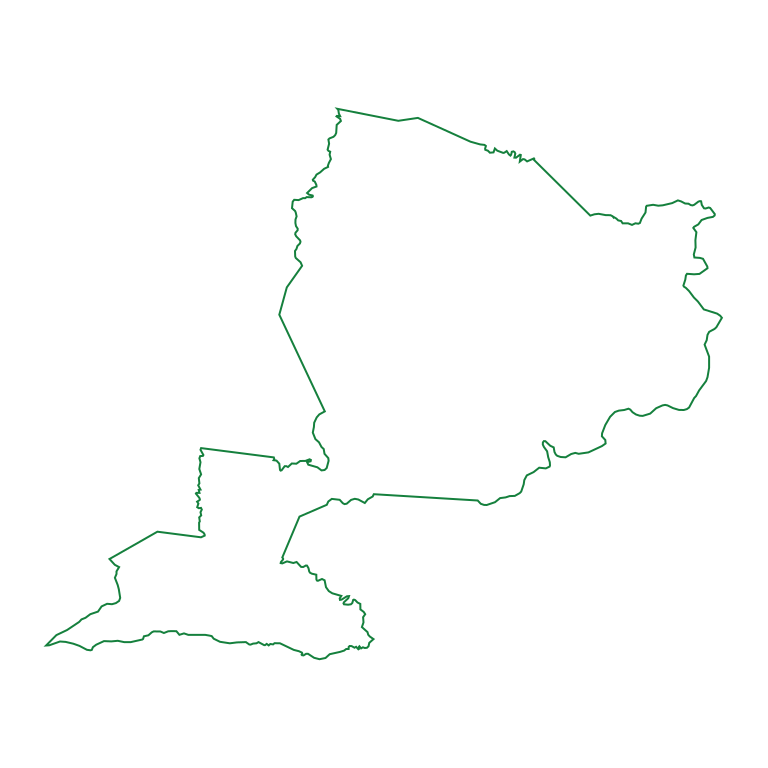 the district of El Rosario, Comayagua, Honduras
{"feature_id": "27666195B23416368136478", "entity_name": "El Rosario", "entity_type": "district", "adm_level": 2, "iso_a3": "HND", "parent_name": "Honduras", "parent_adm1": "Comayagua", "projection": "orthographic", "projection_center": [-87.754, 14.601], "detail": "fine", "context": "isolated", "style": "outline", "palette": "green", "viewbox_px": 768, "rotation_deg": 0, "n_neighbors": 0, "source": "geoboundaries", "source_scale": "gbopen_adm2", "svg_char_len": 6109}
<svg xmlns="http://www.w3.org/2000/svg" viewBox="0 0 768 768"><path d="M696.0,396.1L699.2,390.3L706.1,381.0L707.5,377.2L709.1,367.8L709.1,356.6L704.6,344.6L706.7,340.2L707.5,334.9L709.2,331.8L714.6,328.9L716.4,327.2L721.9,317.8L720.2,315.7L717.1,313.6L703.8,309.4L697.9,301.5L693.9,297.5L689.1,291.1L685.9,287.9L683.9,286.6L683.4,285.6L685.3,279.6L685.9,275.5L687.0,273.8L694.1,274.3L699.5,273.9L707.5,268.2L707.3,266.5L703.0,258.8L699.9,257.9L694.4,257.5L693.8,254.5L695.6,247.5L695.4,240.2L696.4,232.2L693.3,227.9L694.1,226.8L698.3,224.4L701.6,220.0L707.5,217.9L712.9,216.9L714.6,215.5L714.8,214.1L710.2,208.0L708.7,207.5L705.6,208.5L704.0,208.3L701.8,204.9L701.1,201.3L700.0,201.1L698.4,201.6L694.2,204.8L692.6,205.4L690.8,205.1L688.5,203.7L685.1,203.5L681.1,201.4L677.9,200.4L672.2,203.1L662.8,205.3L658.3,205.7L653.1,204.8L646.7,205.8L646.1,206.7L645.5,212.5L641.6,218.6L639.9,223.0L638.3,223.7L635.4,223.3L632.0,224.9L628.0,223.3L622.6,223.3L621.1,221.0L618.2,220.4L616.4,218.6L613.7,217.0L613.5,217.4L612.5,216.2L610.5,215.2L605.6,215.1L598.6,213.8L594.4,214.3L590.3,215.6L533.9,159.8L534.3,159.0L533.9,158.4L527.1,161.4L524.6,159.4L523.0,159.1L519.8,161.6L520.8,155.0L520.0,154.7L516.0,157.7L514.4,157.6L515.3,153.6L514.6,152.1L513.4,151.4L511.8,151.8L511.1,154.8L510.4,155.6L508.9,154.4L506.7,151.1L504.3,152.7L503.2,152.9L497.3,150.7L494.9,148.5L493.5,152.4L489.9,152.7L487.9,150.7L485.3,149.8L485.1,148.6L485.9,146.0L484.5,144.9L480.1,144.4L470.5,141.7L417.9,117.9L398.3,120.8L337.3,108.8L338.3,109.9L338.9,113.7L340.1,116.1L336.9,115.9L336.5,116.4L340.1,118.8L340.9,121.0L336.7,124.9L336.2,132.9L335.2,135.1L333.5,136.8L329.5,138.4L328.4,139.5L329.1,143.7L327.6,149.7L328.5,150.9L330.2,151.7L329.6,154.7L330.9,159.1L328.9,162.9L327.9,165.7L328.1,166.9L324.1,168.8L320.1,172.4L316.5,174.6L315.1,177.2L312.8,179.7L313.0,180.6L314.8,181.6L316.4,185.0L316.5,186.5L312.1,188.1L307.1,193.0L309.1,194.7L312.6,195.5L312.9,196.1L312.5,196.9L311.4,197.3L306.7,197.1L305.1,198.2L303.1,198.1L298.6,200.1L294.2,199.8L292.7,201.7L292.0,208.2L295.1,211.0L295.7,212.4L296.6,216.4L295.5,219.5L295.4,223.0L296.0,226.1L297.7,228.7L297.6,230.3L295.5,232.7L295.2,234.3L296.2,236.3L300.1,240.4L300.5,241.8L299.9,243.5L297.4,246.0L296.5,248.9L295.0,251.0L295.2,256.5L295.8,258.0L300.6,262.3L302.1,265.8L286.8,287.4L279.3,314.7L324.8,411.4L319.3,414.4L316.7,417.4L314.2,422.7L313.9,427.0L312.8,432.6L315.4,439.1L319.0,442.3L321.5,447.0L323.7,449.0L324.5,453.8L328.3,458.1L328.6,460.8L326.7,468.0L324.6,470.0L321.5,470.4L317.4,467.3L308.3,464.7L307.1,462.2L310.6,461.3L310.9,460.0L309.6,459.3L305.4,460.9L300.2,461.0L296.4,463.7L291.8,463.5L288.0,467.0L286.4,466.2L284.7,466.2L281.6,470.3L280.6,470.6L280.0,469.9L279.3,463.7L276.5,460.6L273.6,460.2L274.3,459.1L273.8,457.4L201.1,448.1L200.5,449.8L203.4,455.0L202.9,455.9L200.2,456.1L199.4,458.3L200.5,462.2L199.3,469.0L201.1,474.4L198.8,478.1L199.4,483.4L198.2,485.3L200.5,489.6L198.7,489.9L199.5,492.9L196.4,492.9L195.9,493.6L199.3,497.8L199.9,499.3L199.7,500.0L197.1,501.7L198.4,503.6L197.2,507.2L198.8,508.2L201.0,507.9L201.8,509.6L200.5,512.2L201.2,515.4L199.2,517.4L199.8,521.4L199.1,522.6L199.2,529.9L203.5,532.7L204.6,534.4L204.7,535.6L201.0,537.3L157.4,531.7L109.5,559.0L114.8,564.8L119.1,567.1L116.5,571.4L116.5,574.0L114.9,577.8L117.7,585.0L118.8,589.2L120.2,597.9L119.1,600.9L115.9,603.1L112.0,604.2L107.1,603.8L101.6,606.4L98.0,611.6L90.3,614.2L85.5,617.8L81.5,619.4L79.2,621.9L67.1,630.0L56.4,635.1L46.1,645.5L49.2,645.3L60.0,641.5L65.6,641.9L73.3,643.7L79.5,645.9L86.9,649.8L90.5,650.3L91.8,649.9L92.9,647.2L96.2,644.7L104.0,641.1L111.3,641.4L117.8,640.8L124.1,642.1L130.8,642.1L142.4,639.5L143.1,638.9L143.9,636.3L148.4,635.3L151.8,632.3L153.7,631.4L160.4,631.5L163.9,633.0L168.2,631.3L171.4,631.1L176.4,631.2L179.4,634.8L184.0,633.4L188.4,634.9L205.4,634.9L209.5,635.6L211.7,636.1L213.7,638.7L220.0,641.8L229.8,643.3L237.0,642.4L245.9,642.1L249.3,644.5L250.6,644.6L253.1,643.6L256.5,643.3L258.5,642.1L264.1,645.1L265.1,645.1L266.7,643.9L268.7,645.4L270.3,644.0L273.1,644.4L274.5,643.2L280.0,643.3L293.8,649.9L298.9,651.2L301.9,652.6L302.3,653.4L301.6,654.7L302.0,655.2L303.6,655.4L306.1,653.8L308.0,653.8L314.1,657.8L319.5,659.2L325.5,658.0L329.7,654.2L340.0,651.9L344.1,650.6L346.2,649.0L348.6,649.0L348.7,646.9L349.6,646.0L351.6,646.1L354.5,647.7L356.1,646.8L358.4,649.3L358.9,649.0L358.9,646.9L359.4,646.3L361.1,648.4L362.9,647.3L364.8,648.0L366.9,647.8L368.5,646.3L369.3,642.8L373.5,639.1L369.8,636.5L368.2,634.7L367.5,632.1L361.9,627.1L363.5,622.4L363.1,617.2L365.2,614.2L363.7,611.9L360.4,609.4L360.3,603.9L357.5,602.5L355.2,600.1L353.9,599.6L353.2,599.9L352.3,603.0L350.9,604.3L348.1,604.7L344.0,604.3L343.5,603.4L343.9,602.3L348.3,598.2L349.0,596.1L346.9,596.3L341.6,599.6L340.0,599.9L339.7,598.4L341.3,595.9L332.3,593.3L328.8,591.1L326.0,587.2L324.6,580.3L322.0,579.0L317.9,580.8L316.9,580.5L316.4,579.4L316.3,574.7L311.9,573.7L310.0,572.7L309.2,571.4L308.5,568.2L307.0,565.6L305.9,565.5L303.2,567.0L301.1,566.9L296.6,562.0L293.3,563.0L287.0,561.4L282.3,563.4L280.7,563.1L280.9,562.1L283.1,559.4L283.1,558.5L282.3,557.5L299.5,516.6L326.8,504.8L328.3,501.5L331.8,498.9L339.7,499.8L342.8,503.2L344.5,504.1L346.7,503.7L351.1,499.9L354.8,498.8L358.3,499.5L364.8,503.0L367.8,499.3L372.7,496.5L373.8,494.2L477.7,500.5L480.8,503.8L484.0,504.9L486.7,505.0L495.0,502.2L500.1,498.1L505.6,497.4L509.6,496.1L514.8,495.9L519.6,493.2L521.2,491.6L523.7,484.3L524.3,480.1L526.8,475.4L533.6,472.1L539.2,467.7L545.8,468.4L549.6,466.6L550.0,465.4L549.8,462.2L548.2,457.2L547.1,451.3L543.9,446.9L542.8,444.5L542.9,442.4L543.9,441.1L545.4,441.2L550.3,445.8L553.7,447.4L554.5,452.0L555.8,454.5L557.2,455.8L560.7,457.0L565.6,457.3L571.2,454.0L575.3,452.9L578.7,453.8L588.4,452.4L601.9,446.1L605.6,443.5L605.3,440.0L601.9,436.3L602.1,433.3L605.3,425.0L610.1,416.8L614.9,412.0L618.9,410.6L624.2,410.0L628.5,408.7L630.3,409.6L632.5,412.2L636.0,414.5L639.7,415.7L642.7,415.9L650.2,413.6L656.2,408.2L662.5,405.4L665.1,404.9L667.5,405.4L673.0,408.1L678.9,409.9L683.8,410.0L686.9,409.1L689.1,407.5L694.2,398.0L696.0,396.1Z" fill="none" stroke="#15803d" stroke-width="2"/></svg>